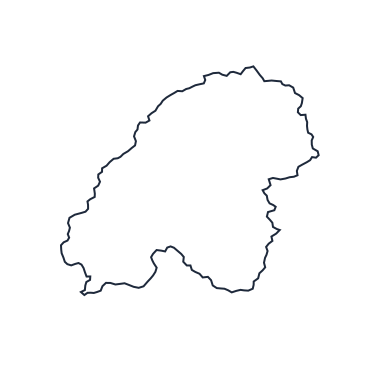 Santana do Manhuaçu, Minas Gerais, Brazil (orthographic projection), rotated 206°
{"feature_id": "56859067B31975858135216", "entity_name": "Santana do Manhuaçu", "entity_type": "district", "adm_level": 2, "iso_a3": "BRA", "parent_name": "Brazil", "parent_adm1": "Minas Gerais", "projection": "orthographic", "projection_center": [-41.894, -20.049], "detail": "fine", "context": "isolated", "style": "outline", "palette": "slate", "viewbox_px": 384, "rotation_deg": 206, "n_neighbors": 0, "source": "geoboundaries", "source_scale": "gbopen_adm2", "svg_char_len": 2826}
<svg xmlns="http://www.w3.org/2000/svg" viewBox="0 0 384 384"><g transform="rotate(206 192 192)"><path d="M248.0,53.4L243.6,52.2L241.7,55.6L238.8,57.1L236.0,58.2L233.5,60.5L230.8,63.3L231.2,68.1L229.5,72.6L225.4,74.5L220.3,75.3L215.9,78.2L212.6,80.4L208.1,80.8L202.9,81.2L197.9,82.5L194.2,86.0L192.6,92.0L191.3,96.2L190.4,99.9L189.9,104.2L190.6,108.5L195.0,111.1L197.9,113.3L200.2,115.5L199.9,119.3L198.4,124.3L194.0,125.8L190.1,126.8L189.9,131.2L187.4,133.7L183.8,134.0L180.0,133.0L174.5,131.6L170.9,130.0L169.3,125.5L164.5,123.7L161.2,125.3L158.0,121.9L154.0,121.6L149.4,121.8L144.9,119.9L140.5,122.7L136.2,121.1L132.4,117.1L127.6,116.5L123.4,118.1L120.4,119.3L116.4,119.5L112.3,119.2L108.9,122.5L105.5,125.3L102.1,126.4L98.2,128.0L95.0,131.7L95.9,135.6L97.3,138.6L94.7,143.4L95.8,148.5L94.2,152.5L93.2,156.4L96.3,160.0L97.5,164.9L97.5,168.1L98.2,172.1L101.3,175.1L100.4,179.2L98.3,183.3L101.1,186.8L98.1,191.5L96.5,196.3L99.6,195.9L103.9,196.1L106.3,199.6L109.9,201.2L113.9,202.7L114.9,207.3L110.0,211.7L110.3,215.4L113.3,215.9L117.3,215.8L120.6,218.0L123.2,221.5L126.3,222.5L129.3,224.6L126.0,228.1L124.4,232.6L128.6,237.1L125.4,240.1L121.4,241.2L118.0,242.1L113.9,245.1L110.7,248.1L107.1,250.4L104.5,253.3L107.0,256.9L107.4,261.3L105.0,264.8L101.8,269.2L99.8,272.4L99.4,276.0L95.6,277.2L94.3,280.6L96.9,283.7L102.5,284.1L105.1,287.1L107.0,290.8L107.2,294.6L109.9,296.2L113.6,296.2L115.7,298.8L117.6,301.8L119.1,305.3L121.7,307.8L123.9,311.2L128.0,308.8L131.8,310.1L133.1,313.5L131.8,316.8L132.2,320.0L133.7,324.9L138.2,326.0L142.8,326.1L146.8,330.2L151.5,330.5L154.8,328.6L158.1,328.6L160.6,330.4L164.7,328.8L169.3,327.1L172.9,324.9L175.6,323.3L178.3,325.2L182.3,326.9L187.2,329.5L191.9,331.8L194.5,329.3L198.2,326.9L199.2,322.8L199.9,319.2L204.2,318.7L207.5,318.1L210.1,316.4L211.7,311.6L216.2,310.7L220.1,311.0L225.1,308.1L228.5,304.4L232.1,301.4L229.2,298.5L229.0,294.8L232.6,292.0L235.8,289.4L237.8,286.9L239.9,284.1L242.4,282.0L244.9,278.3L249.3,276.5L251.4,273.2L253.7,269.9L256.3,265.8L258.3,261.3L258.8,257.4L260.1,254.2L260.5,249.0L262.9,245.1L264.7,240.8L261.6,237.6L264.1,234.0L269.2,231.7L269.7,228.1L268.4,224.3L269.2,221.0L268.5,216.6L264.7,213.1L263.6,208.9L265.4,205.3L267.4,200.6L270.4,196.1L271.7,192.3L273.5,189.8L277.0,187.5L279.1,182.7L280.3,178.2L283.2,173.9L281.7,170.7L283.9,166.7L282.6,163.7L279.2,160.9L279.1,156.6L281.6,152.3L278.6,147.9L277.3,144.9L280.3,140.9L281.8,137.7L279.8,134.9L278.0,131.3L279.1,127.6L281.9,125.0L287.4,120.2L290.8,115.1L289.8,109.7L286.1,106.4L285.4,103.0L285.2,99.7L282.4,97.1L282.6,93.8L285.3,90.5L286.4,86.7L284.3,82.9L282.3,79.8L278.8,76.7L275.7,73.5L272.4,72.5L268.4,73.1L265.5,76.1L262.9,78.4L259.5,78.3L256.1,76.1L253.0,72.9L249.7,69.8L246.4,71.5L245.1,68.3L247.5,64.8L246.9,61.2L245.3,56.9L248.0,53.4Z" fill="none" stroke="#1e293b" stroke-width="2"/></g></svg>